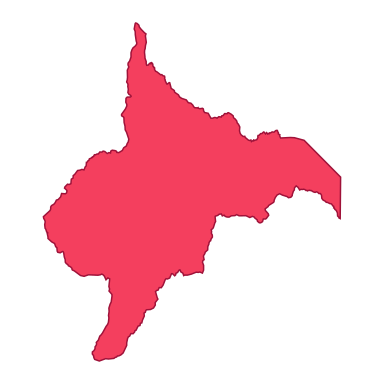 Tarata, Tacna, Peru (Equal Earth projection)
{"feature_id": "86281439B57455266090466", "entity_name": "Tarata", "entity_type": "district", "adm_level": 2, "iso_a3": "PER", "parent_name": "Peru", "parent_adm1": "Tacna", "projection": "equal_earth", "projection_center": [-69.943, -17.407], "detail": "fine", "context": "isolated", "style": "filled", "palette": "rose", "viewbox_px": 384, "rotation_deg": 0, "n_neighbors": 0, "source": "geoboundaries", "source_scale": "gbopen_adm2", "svg_char_len": 5944}
<svg xmlns="http://www.w3.org/2000/svg" viewBox="0 0 384 384"><path d="M43.4,216.7L43.7,218.4L44.8,220.3L45.2,221.8L44.7,224.6L45.1,228.3L45.8,229.2L46.6,231.8L47.7,232.7L47.6,233.3L47.2,233.3L48.0,237.0L48.0,238.5L51.7,241.9L54.6,243.5L55.7,246.7L56.9,247.7L57.2,251.2L57.8,252.3L60.2,252.8L62.3,251.5L63.1,251.6L63.7,253.0L64.3,257.0L65.2,259.6L65.3,262.2L66.3,263.6L67.8,264.6L68.4,265.8L70.5,266.8L71.9,268.3L72.1,269.7L72.6,270.1L74.2,270.8L80.5,275.5L84.1,276.3L88.5,274.8L97.9,275.2L100.3,274.8L101.8,274.1L103.1,274.8L104.4,276.2L106.0,279.8L107.9,277.9L109.7,278.9L108.9,286.5L109.6,289.1L109.0,291.0L111.9,294.4L112.0,296.1L111.2,302.0L110.1,304.2L108.9,308.1L109.1,311.6L108.5,315.4L108.9,317.9L108.4,322.4L107.6,324.4L106.1,326.4L102.5,333.0L101.0,335.0L99.8,336.1L98.3,340.2L96.3,342.4L96.6,344.0L96.1,345.5L95.1,346.7L95.0,348.8L93.9,350.7L92.4,351.9L92.3,354.0L93.5,355.6L93.9,357.7L94.7,359.4L99.3,361.0L105.6,358.7L108.5,359.0L113.9,358.4L115.2,357.4L116.6,357.0L117.4,356.0L118.8,355.9L120.9,354.9L123.1,353.0L126.7,345.4L126.7,342.8L127.6,338.4L128.4,336.8L129.6,336.2L130.9,333.6L133.1,333.7L134.6,332.0L135.0,330.6L136.0,330.3L138.1,326.1L140.0,325.5L140.4,323.3L141.8,322.9L142.4,320.3L144.3,316.0L144.0,313.1L145.3,312.3L145.9,310.4L146.5,309.8L150.5,309.5L153.5,308.0L155.3,305.1L155.2,302.6L157.9,299.1L157.2,297.7L155.5,291.6L156.6,290.5L158.1,290.1L159.2,287.6L161.3,287.7L163.1,285.1L165.2,279.7L166.1,278.7L167.4,279.0L169.7,278.0L171.5,273.7L172.5,273.7L174.7,275.8L175.7,274.8L175.9,273.3L177.6,272.5L178.8,270.4L179.6,269.9L180.2,270.1L180.6,271.7L182.9,273.2L183.7,275.6L184.6,275.1L187.5,275.1L191.4,274.1L196.2,272.2L198.4,272.4L199.8,272.0L202.4,273.1L203.6,270.1L203.6,265.3L202.5,262.3L202.9,260.5L204.1,259.7L203.5,256.7L203.6,255.6L204.8,253.7L205.2,252.2L207.7,249.9L207.8,246.6L208.9,244.1L209.0,242.7L209.8,241.2L210.6,240.8L211.1,239.0L212.4,237.1L212.3,235.0L211.4,233.4L211.6,231.3L211.2,229.8L212.8,228.5L213.4,227.5L214.9,222.7L215.6,221.6L215.1,216.9L215.3,216.2L217.8,215.4L219.2,214.2L221.4,214.0L222.3,215.9L224.1,215.2L225.2,216.4L227.0,217.0L229.1,217.1L231.4,215.8L235.0,215.6L236.7,214.6L239.1,215.8L246.0,215.7L249.8,217.5L252.3,216.4L254.0,216.9L254.8,218.0L257.1,219.8L257.5,221.3L259.3,222.8L260.7,222.8L262.5,221.7L263.3,219.0L265.5,219.0L266.3,218.5L268.7,215.3L268.3,213.8L265.4,210.5L265.1,208.9L268.1,206.6L268.6,205.5L273.5,202.4L274.0,201.7L274.2,200.1L275.3,197.5L277.1,195.0L279.7,193.7L282.4,195.1L287.2,196.6L288.4,197.7L290.8,197.3L292.2,195.7L292.3,194.5L293.4,191.2L294.3,190.0L294.5,187.8L296.2,185.9L298.0,187.3L299.7,190.0L301.0,189.3L302.2,189.5L303.5,189.2L305.0,189.6L306.0,190.5L306.9,190.3L307.4,190.9L309.2,190.2L310.2,190.6L310.9,190.4L313.4,191.9L315.1,192.4L316.4,191.8L317.8,192.4L318.8,193.5L320.5,193.6L321.5,195.2L321.8,198.3L323.0,200.0L325.4,201.3L326.2,202.3L327.5,202.4L329.8,203.6L331.5,203.9L332.9,206.0L333.6,206.2L333.9,207.3L333.7,207.9L334.4,208.2L334.9,209.4L336.1,210.3L337.4,212.8L337.6,216.0L338.8,217.2L339.0,218.0L340.2,218.6L340.6,177.1L304.1,140.3L294.4,137.7L290.2,137.5L280.6,138.0L279.6,135.8L279.9,134.8L278.3,133.9L278.4,132.7L277.5,131.3L277.4,130.5L277.0,130.3L275.7,130.6L273.9,132.2L272.1,131.9L270.6,132.9L269.7,132.8L269.0,133.8L268.3,133.4L267.7,134.0L266.6,132.6L265.5,133.9L264.1,132.1L263.5,132.0L262.0,133.5L260.6,133.6L259.2,135.2L258.0,135.5L257.8,136.5L258.0,137.4L256.8,139.7L254.7,140.3L253.7,140.0L253.6,140.9L252.8,140.7L251.4,141.6L250.9,140.0L249.6,140.5L248.5,140.2L245.2,137.4L244.8,136.3L243.1,136.5L241.0,134.7L240.1,133.2L239.5,130.8L239.8,127.0L238.4,124.2L237.2,122.9L236.7,120.9L235.2,119.0L234.1,118.3L233.4,117.2L233.2,115.9L231.2,114.2L228.5,112.7L227.6,112.9L227.1,113.7L224.6,113.6L223.2,115.5L221.8,115.8L221.3,117.0L218.8,116.7L217.0,118.2L215.9,117.6L214.4,117.5L212.7,118.2L210.9,118.2L208.2,113.3L204.6,112.5L203.7,111.1L203.3,108.9L202.5,108.3L199.8,108.7L198.2,108.2L198.1,107.6L197.4,107.9L194.7,107.7L193.6,106.6L192.8,105.1L190.9,103.2L188.3,102.7L186.3,99.9L181.2,98.2L180.7,97.5L179.7,97.2L178.4,94.8L175.0,92.5L174.5,91.9L174.4,90.8L173.9,90.2L171.2,88.4L169.7,82.7L169.2,82.6L167.2,84.1L166.7,83.9L165.2,80.6L165.1,79.5L164.6,78.7L164.8,77.1L164.5,76.1L163.0,75.8L161.8,74.6L160.7,74.8L156.6,71.6L155.6,71.3L154.5,69.3L154.4,67.8L153.7,67.4L153.5,67.0L153.9,67.1L152.8,65.8L152.9,64.9L152.5,63.5L151.8,62.8L151.6,62.7L151.3,63.7L150.6,63.7L150.4,63.0L149.4,63.5L148.4,65.0L146.7,65.3L146.2,63.5L146.2,61.5L144.9,57.9L145.0,57.2L144.5,52.4L144.7,49.7L145.1,49.0L145.5,45.4L146.3,42.4L145.4,35.8L146.0,33.9L144.5,32.8L141.2,29.4L139.3,27.0L139.0,25.6L138.6,24.8L136.8,23.3L135.6,23.0L135.2,23.5L134.2,29.0L135.2,31.5L135.3,34.7L136.2,41.0L136.7,42.6L136.7,44.1L135.4,45.9L133.0,47.9L131.9,49.9L131.0,52.7L131.0,57.1L129.7,60.9L128.1,63.1L128.0,64.9L128.8,67.0L127.3,70.2L127.5,77.4L127.2,80.2L126.7,81.4L126.7,82.1L127.7,83.6L128.0,84.8L127.8,86.4L128.3,89.2L127.9,92.6L129.0,94.4L130.7,95.4L131.1,96.4L130.5,97.0L127.2,97.1L126.0,98.3L125.8,102.2L126.8,104.4L126.8,106.0L125.4,109.0L121.6,114.3L121.5,115.1L121.7,115.9L123.5,117.0L123.9,117.7L124.1,122.5L125.0,126.1L125.2,129.8L126.5,132.2L128.8,139.1L128.2,142.0L127.2,143.5L126.4,145.9L123.7,147.8L122.3,150.5L118.8,152.6L116.8,152.4L116.7,151.7L116.1,151.0L115.0,150.6L112.2,150.2L110.8,151.1L110.5,153.0L108.9,152.6L107.2,153.5L104.8,151.5L103.1,151.1L101.9,152.1L99.8,152.0L98.4,153.9L97.0,154.0L95.5,154.8L94.6,154.7L94.0,155.3L93.7,156.4L92.8,156.7L92.5,157.4L92.1,157.2L90.8,158.3L89.4,158.8L88.8,160.4L87.9,160.9L86.7,162.7L86.4,162.6L86.2,165.8L85.2,166.9L84.0,169.9L81.9,169.4L80.2,170.1L77.6,170.5L74.7,174.4L73.2,175.6L73.1,178.0L71.3,179.2L70.9,183.7L69.1,184.5L67.5,184.2L64.9,186.9L64.5,188.1L66.5,190.0L67.0,190.9L66.5,193.0L65.3,193.8L61.6,193.5L60.6,196.9L58.2,199.5L56.4,200.1L55.2,202.6L53.9,204.2L51.5,205.6L50.7,207.0L50.7,208.8L50.2,210.4L43.4,216.7Z" fill="#f43f5e" stroke="#9f1239" stroke-width="1.5"/></svg>